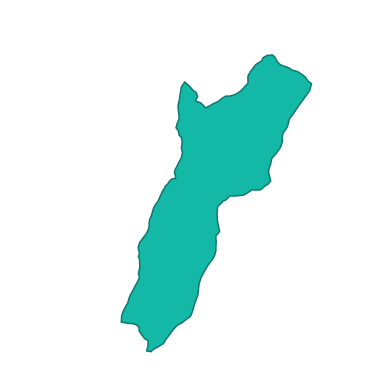 Bomachoge Chache, Nyanza, Kenya, rotated 212°
{"feature_id": "3690345B65258571851787", "entity_name": "Bomachoge Chache", "entity_type": "district", "adm_level": 2, "iso_a3": "KEN", "parent_name": "Kenya", "parent_adm1": "Nyanza", "projection": "natural_earth1", "projection_center": [34.714, -0.804], "detail": "fine", "context": "isolated", "style": "filled", "palette": "teal", "viewbox_px": 384, "rotation_deg": 212, "n_neighbors": 0, "source": "geoboundaries", "source_scale": "gbopen_adm2", "svg_char_len": 2909}
<svg xmlns="http://www.w3.org/2000/svg" viewBox="0 0 384 384"><g transform="rotate(212 192 192)"><path d="M183.0,44.2L179.8,45.5L176.3,46.8L172.5,49.0L168.7,49.9L165.3,49.2L163.2,46.1L159.0,44.3L154.3,42.6L150.3,42.6L147.6,37.6L146.2,33.2L142.2,34.8L141.7,37.0L141.2,38.3L138.6,43.1L135.9,48.5L136.1,53.2L135.5,58.7L135.0,65.5L133.7,71.7L131.4,75.3L129.2,81.4L127.4,85.7L127.7,87.6L128.2,90.2L129.0,93.4L129.6,95.1L130.3,98.0L131.1,101.3L131.5,103.1L132.5,107.9L134.7,112.4L137.3,117.8L138.8,123.4L139.0,124.7L139.3,127.9L139.4,130.6L139.5,134.0L139.6,139.2L139.1,144.0L138.9,146.4L139.2,150.2L140.8,155.2L143.1,158.9L144.9,162.3L148.4,167.1L147.7,173.1L152.0,177.7L156.1,182.1L159.7,187.6L162.6,193.3L161.2,198.5L161.1,200.3L159.0,203.2L157.9,208.6L152.4,212.1L146.7,216.6L144.3,220.9L142.2,225.9L138.8,227.5L135.0,230.3L133.3,235.6L131.8,238.7L131.1,243.0L134.7,246.6L137.7,249.5L139.2,253.1L140.1,257.3L142.2,262.8L141.0,269.6L140.6,276.3L141.9,282.4L144.2,285.8L144.9,287.0L145.8,289.6L145.9,291.6L145.7,294.7L145.7,297.3L146.3,300.2L147.6,303.8L148.2,305.5L147.6,310.7L147.4,315.5L147.3,320.7L146.8,327.1L146.4,333.4L145.9,340.1L148.0,347.1L149.7,347.4L152.0,347.5L153.5,348.1L157.3,349.6L162.0,350.0L165.9,350.1L168.2,349.6L171.3,348.4L175.4,348.6L178.6,348.1L180.8,347.5L183.0,347.0L184.7,346.8L187.3,347.3L189.1,348.0L191.1,349.0L192.4,349.8L193.5,350.4L196.8,350.8L198.2,349.2L200.6,347.8L201.6,345.9L203.0,343.4L202.4,340.0L203.4,338.1L204.6,335.8L205.4,333.9L205.8,330.6L205.8,328.6L206.3,324.9L206.1,320.7L205.4,318.9L203.9,316.6L203.0,315.3L202.1,313.8L203.2,308.9L203.5,306.7L203.9,304.7L205.3,300.8L207.1,297.5L209.6,294.5L210.7,293.5L211.7,292.8L213.8,291.5L214.8,290.3L216.3,286.9L218.0,282.2L220.8,278.2L222.9,273.9L225.4,270.4L229.1,271.7L232.5,272.2L237.3,271.0L237.9,276.2L239.7,277.4L241.4,278.6L245.4,278.8L249.3,280.2L253.6,281.0L256.5,281.4L256.6,279.4L256.6,275.3L255.0,271.3L253.3,267.2L251.7,263.9L251.3,262.6L250.8,261.0L249.6,257.8L247.3,254.6L246.4,253.5L245.0,251.7L242.4,248.6L241.5,245.9L240.9,242.4L240.3,240.3L239.6,238.0L236.5,236.9L234.9,235.5L233.0,233.4L229.7,232.5L226.7,229.0L225.7,226.9L224.1,223.3L221.0,220.4L219.8,217.1L219.1,214.7L218.9,210.2L218.4,206.2L218.3,204.8L218.2,202.9L217.4,199.4L215.1,197.4L214.1,196.3L213.2,194.9L215.7,192.6L216.3,191.3L216.9,189.1L216.9,186.6L216.9,185.3L217.8,182.6L217.4,180.9L217.4,177.1L216.8,171.9L215.9,166.3L216.3,161.6L216.1,158.2L215.6,155.9L215.1,154.5L214.1,151.2L213.5,147.1L212.4,143.9L211.4,142.1L210.5,141.1L209.0,136.3L208.7,131.8L209.2,127.3L209.4,123.5L209.7,121.4L208.2,116.4L206.7,114.6L204.1,112.3L203.3,108.8L200.4,106.8L199.0,104.2L197.1,101.8L196.3,100.3L195.7,98.9L194.8,95.8L193.9,94.1L191.3,91.8L190.7,87.5L190.6,86.1L190.5,84.2L190.3,80.5L190.1,78.3L189.9,76.2L189.7,71.7L188.9,67.7L187.7,63.9L187.6,59.1L187.1,54.2L186.0,49.6L183.0,44.2Z" fill="#14b8a6" stroke="#0f766e" stroke-width="1.5"/></g></svg>